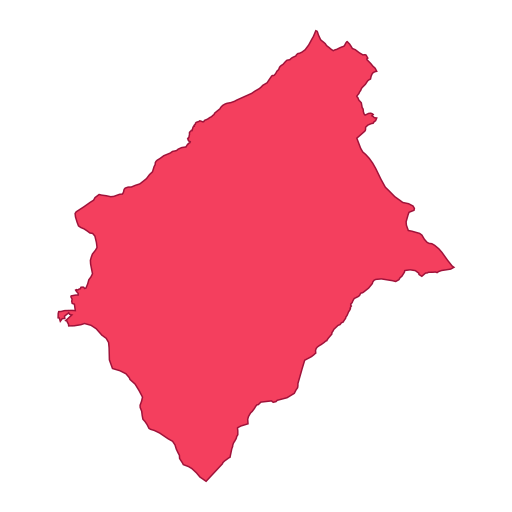 outline of Moldova-Sulita, Suceava, Romania
{"feature_id": "2599482B4922642356545", "entity_name": "Moldova-Sulita", "entity_type": "district", "adm_level": 2, "iso_a3": "ROU", "parent_name": "Romania", "parent_adm1": "Suceava", "projection": "albers", "projection_center": [25.239, 47.682], "detail": "fine", "context": "isolated", "style": "filled", "palette": "rose", "viewbox_px": 512, "rotation_deg": 0, "n_neighbors": 0, "source": "geoboundaries", "source_scale": "gbopen_adm2", "svg_char_len": 5958}
<svg xmlns="http://www.w3.org/2000/svg" viewBox="0 0 512 512"><path d="M453.9,267.3L452.1,266.0L447.5,260.2L442.0,252.5L438.8,248.8L434.6,245.3L431.8,243.7L429.1,243.4L427.0,242.3L424.3,239.2L421.9,235.1L419.6,233.4L411.9,231.2L408.3,230.5L406.4,225.2L406.1,221.8L408.0,215.1L409.0,212.3L414.0,210.3L414.4,208.4L413.0,206.0L408.6,203.7L402.8,202.5L399.7,200.2L394.8,196.7L388.8,190.6L385.3,187.2L380.9,179.2L375.7,168.5L372.7,163.2L369.2,158.3L365.7,154.5L362.7,151.9L360.6,148.2L356.8,138.2L364.1,131.8L365.1,130.8L365.5,129.8L365.6,127.4L365.9,126.9L368.0,125.0L370.3,124.0L371.7,123.5L373.1,123.3L374.0,121.9L375.6,120.7L376.4,118.8L376.7,118.0L374.4,117.7L373.9,117.3L373.3,116.7L371.9,115.8L373.2,114.5L372.3,113.8L370.8,113.2L368.7,113.4L365.1,115.1L363.8,113.5L363.8,113.0L363.3,111.4L363.3,110.3L363.1,109.3L362.8,108.4L362.2,107.8L361.3,102.8L359.7,101.0L359.1,100.5L358.3,98.9L357.9,97.7L357.3,97.0L356.9,96.7L356.8,96.3L357.0,95.8L358.9,93.5L359.6,91.9L360.0,91.3L360.6,90.6L361.4,88.6L362.2,87.5L365.4,84.3L367.5,81.1L368.5,80.1L370.5,79.0L371.1,76.3L372.0,74.1L373.0,72.8L373.7,72.3L375.3,71.6L376.7,71.3L375.2,68.3L374.4,67.5L372.9,66.2L370.8,63.6L366.9,59.6L367.0,58.7L367.8,58.1L366.9,56.6L366.1,55.1L365.0,54.7L362.9,54.9L359.2,52.7L355.3,49.7L352.4,48.5L350.9,46.0L350.3,45.2L349.8,44.3L347.2,41.6L346.9,41.7L345.9,42.9L344.3,45.9L342.6,46.8L342.2,46.8L339.6,47.9L336.7,49.4L335.1,49.8L333.2,50.7L330.6,48.9L329.3,47.7L327.0,46.0L326.2,45.1L325.5,44.0L325.2,43.6L323.6,42.2L321.2,40.3L320.5,39.5L318.8,35.8L318.3,34.6L317.5,32.1L317.1,31.3L315.8,30.7L313.3,36.7L312.0,38.9L308.7,45.0L305.1,49.8L302.0,52.1L299.5,53.3L298.0,53.5L297.3,54.0L296.4,54.9L295.8,56.0L293.1,57.2L291.7,58.0L290.5,59.0L289.9,59.7L287.1,60.2L286.6,60.5L285.0,62.1L283.1,64.3L282.7,64.6L281.5,65.3L280.3,66.3L279.5,67.3L279.1,68.5L278.5,69.7L276.9,71.2L275.8,73.3L274.4,75.1L273.9,75.4L273.1,75.6L272.4,75.5L271.7,76.0L269.2,79.6L267.1,82.8L262.8,85.3L261.1,87.1L259.3,88.6L254.8,91.2L251.8,93.3L236.7,100.1L234.5,101.3L230.9,102.6L227.0,103.3L225.1,104.0L222.7,105.4L221.3,106.8L220.6,107.6L220.1,108.7L216.6,111.5L214.6,113.2L214.1,114.4L213.4,115.1L212.6,115.5L212.1,116.2L211.3,116.8L209.7,117.6L207.9,118.9L206.7,119.5L204.5,120.4L203.8,121.6L202.9,121.9L201.4,121.3L199.8,120.8L199.4,121.2L198.5,121.6L196.9,122.1L196.1,122.5L195.5,123.2L195.3,124.2L194.3,125.1L194.3,126.1L193.8,126.0L193.0,127.3L192.5,129.0L192.2,129.7L192.1,130.5L191.3,130.4L190.9,131.0L189.6,132.2L189.4,132.9L189.5,134.2L189.4,134.8L189.1,136.2L189.0,137.0L188.8,137.4L188.2,137.9L188.2,138.8L187.8,138.8L188.2,140.1L188.6,140.9L189.5,141.4L190.3,141.7L190.3,141.9L189.8,142.8L188.9,143.1L188.4,143.7L187.9,144.0L187.9,144.3L187.5,144.5L186.1,146.6L186.0,146.9L181.6,147.6L178.1,149.2L177.0,150.2L176.3,150.6L173.9,151.2L172.9,151.3L171.8,151.9L170.4,153.0L163.8,155.7L160.0,158.5L157.2,160.2L156.0,161.4L155.3,162.7L155.2,164.5L154.1,166.6L152.5,171.8L149.6,174.5L146.5,178.6L143.3,181.2L139.8,183.9L135.2,185.4L131.4,187.0L129.7,187.1L128.1,187.1L125.2,188.1L124.2,189.3L123.9,190.2L123.6,191.8L122.9,193.3L122.4,194.1L119.6,194.3L113.8,196.4L110.7,196.7L106.0,195.7L101.5,195.1L99.1,194.5L95.0,197.6L93.6,200.2L90.4,202.2L83.9,206.8L76.2,211.8L75.1,213.5L75.5,217.0L77.1,222.2L78.5,225.9L80.8,227.5L84.1,228.9L87.4,231.1L89.9,233.0L92.6,233.4L94.9,236.1L96.4,242.4L96.9,246.2L97.0,247.6L95.5,250.2L92.4,254.1L91.3,257.1L90.4,260.3L90.6,264.0L92.5,273.8L90.9,277.0L88.8,279.8L87.7,283.9L86.0,288.0L84.7,288.5L83.6,287.2L82.0,287.1L80.9,287.3L80.4,288.7L78.9,289.2L77.7,290.0L76.4,289.6L75.6,290.1L76.6,291.6L78.2,293.4L78.2,295.0L75.4,295.1L71.2,295.9L70.9,296.8L72.1,299.2L71.7,301.2L72.2,303.4L74.4,304.2L75.3,310.6L72.0,310.4L64.6,310.6L61.0,311.5L58.7,311.6L58.2,313.5L58.1,317.8L59.3,318.0L60.3,321.3L62.3,318.6L64.8,318.5L64.5,316.2L68.7,312.8L69.6,314.3L71.9,314.9L65.7,320.6L67.0,321.1L67.5,322.5L68.4,323.9L68.7,325.9L74.1,325.8L80.9,324.7L84.5,323.5L91.0,325.3L96.3,328.8L101.9,335.2L106.2,338.3L108.6,342.5L109.1,347.8L109.4,359.9L111.9,366.9L112.5,368.5L119.9,370.7L126.0,373.8L129.3,377.7L130.0,379.5L135.1,384.1L139.1,390.6L142.5,397.1L141.6,401.1L140.1,405.2L140.2,407.5L141.7,411.3L142.2,415.5L142.9,419.2L144.9,421.4L147.1,424.6L149.0,428.4L150.5,429.3L154.2,430.4L159.6,433.0L168.0,438.7L172.6,441.3L175.0,444.9L176.3,449.1L178.1,452.9L179.4,455.3L179.6,458.5L182.5,463.0L183.3,464.6L188.6,466.6L191.9,468.6L196.4,472.8L200.0,477.1L206.1,481.3L222.5,463.7L222.8,462.7L223.9,461.6L224.9,460.7L226.6,459.5L228.7,457.9L230.0,457.3L231.8,448.7L232.6,446.6L232.8,444.9L233.6,442.8L235.0,440.7L235.2,440.1L235.7,439.5L236.4,437.9L236.6,436.7L237.8,434.7L237.8,430.8L237.5,428.2L237.6,427.7L240.9,426.0L248.0,423.8L247.7,419.2L248.5,416.5L250.5,413.0L252.2,411.4L254.4,408.5L255.5,406.6L256.8,404.9L258.3,404.6L260.9,402.1L271.4,400.9L273.2,402.3L276.0,401.6L277.2,400.3L287.1,397.7L294.3,393.3L296.0,390.0L297.6,387.7L297.9,385.8L297.9,383.6L302.3,368.1L304.7,360.2L311.5,356.6L313.7,354.9L315.2,353.5L315.7,353.2L315.7,352.2L315.5,350.7L316.1,348.6L316.6,347.9L317.5,346.9L319.5,345.5L321.1,344.6L324.2,342.4L325.6,341.1L326.8,340.7L327.2,339.8L328.3,338.2L331.8,334.1L331.9,332.6L333.1,330.9L333.8,329.4L338.0,325.4L340.0,324.6L341.4,322.8L343.2,322.0L343.8,320.9L345.6,318.3L345.9,317.0L347.0,315.5L347.7,313.9L348.8,311.3L349.3,310.9L350.4,308.7L350.1,308.4L350.4,307.5L350.5,307.2L351.3,306.1L350.8,305.7L351.0,305.4L350.7,304.1L352.1,302.7L352.9,300.7L354.2,298.5L358.1,296.6L359.3,295.7L359.6,295.4L360.1,294.2L361.0,293.1L361.8,292.8L362.5,292.8L363.8,291.9L368.6,288.1L372.3,283.6L372.8,281.9L374.1,280.2L375.8,279.4L381.4,278.9L392.6,280.7L395.7,281.5L398.9,279.7L400.0,277.8L401.9,276.2L404.4,272.2L404.7,270.6L406.2,270.3L410.2,269.8L415.3,270.6L418.8,273.2L419.0,274.5L421.8,276.3L425.5,273.1L427.3,272.9L428.4,272.3L433.4,272.2L435.4,272.0L437.1,272.6L438.7,271.5L441.6,270.5L450.7,269.1L453.9,267.3Z" fill="#f43f5e" stroke="#9f1239" stroke-width="1.5"/></svg>